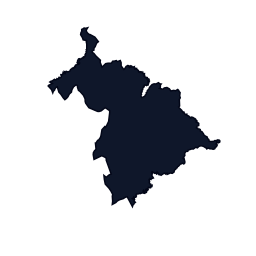 the district of Clemencia, Bolívar, Colombia, rotated 203°
{"feature_id": "7082276B89767866766347", "entity_name": "Clemencia", "entity_type": "district", "adm_level": 2, "iso_a3": "COL", "parent_name": "Colombia", "parent_adm1": "Bolívar", "projection": "robinson", "projection_center": [-75.309, 10.562], "detail": "fine", "context": "isolated", "style": "filled", "palette": "ink", "viewbox_px": 256, "rotation_deg": 203, "n_neighbors": 0, "source": "geoboundaries", "source_scale": "gbopen_adm2", "svg_char_len": 5856}
<svg xmlns="http://www.w3.org/2000/svg" viewBox="0 0 256 256"><g transform="rotate(203 128 128)"><path d="M204.3,204.5L205.9,203.2L207.5,202.9L208.2,201.6L208.9,201.1L209.1,200.5L208.2,198.8L208.6,197.8L208.1,195.4L205.3,193.4L203.7,191.6L200.4,192.3L199.8,191.4L200.1,191.0L198.8,189.2L196.8,184.5L196.6,183.8L196.9,183.7L196.3,182.8L196.4,181.8L195.9,181.6L195.8,180.1L196.1,179.9L196.1,178.3L195.4,177.7L195.8,176.4L196.8,176.1L197.0,175.3L196.5,175.3L196.5,174.9L197.5,174.6L198.7,172.5L199.6,172.5L199.4,171.7L199.9,172.1L199.9,172.7L200.5,172.3L200.4,171.5L200.8,170.7L200.3,169.2L200.5,168.5L200.0,168.0L199.7,169.0L198.7,169.2L199.1,168.4L198.5,168.0L197.9,168.1L198.0,167.6L200.7,165.6L200.9,165.1L200.3,163.7L201.1,163.7L201.3,161.6L201.8,161.5L202.0,161.9L202.7,161.3L203.0,160.3L203.7,159.4L203.7,158.0L204.2,157.0L205.5,156.1L207.7,156.0L206.9,155.9L206.8,155.6L207.1,155.2L208.3,155.1L207.4,154.4L207.0,153.6L208.1,153.2L208.7,154.0L209.5,154.0L209.0,151.6L210.6,150.9L210.3,150.4L209.9,150.3L209.3,149.1L209.6,148.1L211.3,147.7L211.3,146.8L211.0,146.2L211.2,145.7L212.7,145.7L212.7,144.8L213.8,143.9L214.7,144.1L216.2,141.6L217.1,141.1L217.9,139.8L215.0,139.4L217.7,136.3L217.9,135.5L213.3,133.4L211.0,131.0L211.1,132.5L210.4,134.4L210.6,135.6L210.0,137.4L209.2,138.3L205.6,134.0L203.1,132.9L199.3,130.4L197.2,129.4L196.2,131.2L195.5,133.3L195.3,136.3L194.1,138.9L194.6,141.2L194.3,144.5L192.7,147.5L191.1,147.2L190.5,145.9L188.3,143.3L186.4,142.9L181.8,140.7L178.9,138.1L177.7,135.6L176.6,134.3L171.9,131.4L162.5,131.4L161.1,131.9L159.4,133.3L157.0,137.8L151.7,136.8L150.9,135.1L148.4,126.5L148.6,121.9L149.1,119.7L149.9,120.2L151.3,116.3L149.9,110.5L149.7,108.6L150.4,105.2L151.1,104.8L151.6,101.6L152.1,101.4L149.3,96.3L149.3,95.1L149.9,94.2L150.2,91.8L149.6,89.9L147.0,85.8L141.3,92.3L137.7,92.1L136.1,91.6L135.5,89.9L125.5,79.1L127.0,77.5L128.8,74.1L131.6,74.9L129.6,71.3L127.0,67.5L122.0,65.2L119.3,63.5L116.1,60.9L115.8,59.1L113.5,54.6L112.6,51.5L110.1,54.6L109.3,56.7L107.6,58.8L104.8,61.1L103.4,63.2L101.9,64.4L93.2,57.4L93.4,59.2L92.9,60.1L93.0,60.9L92.2,62.5L94.1,63.1L93.9,64.6L94.5,65.3L95.5,64.5L96.4,64.8L95.6,65.5L95.8,66.7L94.9,66.5L93.7,67.5L93.7,68.8L94.6,69.3L94.5,70.3L92.3,71.7L92.0,72.3L91.0,72.4L89.9,73.6L88.8,74.1L88.6,74.9L89.5,75.8L89.4,76.6L87.7,75.4L88.0,74.6L87.9,74.2L87.0,74.4L86.9,75.1L85.9,75.9L86.1,77.4L87.4,77.2L87.8,78.3L86.8,79.3L86.6,78.4L85.8,78.2L85.3,79.1L86.2,79.8L85.8,80.8L86.0,81.4L84.3,81.5L83.9,81.9L84.2,82.3L83.1,83.4L83.3,84.2L83.7,83.4L84.3,83.4L84.8,85.1L85.9,85.1L86.6,85.6L87.3,86.4L87.1,87.0L88.4,88.6L88.4,89.0L87.7,89.3L87.8,90.0L86.7,89.7L86.6,90.5L85.1,91.9L87.5,93.6L87.8,95.2L88.9,96.5L88.8,97.2L88.5,97.3L87.8,96.3L86.9,97.2L86.4,96.8L85.7,96.7L85.1,97.4L84.6,97.2L84.6,97.7L83.6,97.5L83.9,98.8L83.2,98.4L83.2,97.4L82.5,98.2L81.3,97.1L80.8,97.2L80.6,97.8L79.1,97.4L77.0,100.7L75.1,100.3L75.2,100.8L74.8,100.7L74.6,101.6L73.9,101.8L73.4,101.0L71.0,103.6L70.5,103.3L69.5,103.6L68.4,105.5L68.7,106.7L68.5,108.3L68.0,108.6L67.9,109.9L67.3,110.4L67.2,111.9L66.6,112.5L65.7,115.3L64.9,115.8L64.0,117.0L62.6,116.7L62.1,117.9L62.4,119.0L64.5,121.9L65.0,121.3L65.5,121.6L65.6,122.7L64.9,124.8L65.9,126.6L65.7,128.6L65.5,129.0L63.9,129.9L64.0,131.1L61.2,133.6L59.6,134.2L58.2,136.7L56.4,136.8L55.4,139.0L54.4,139.8L52.8,140.5L50.6,140.5L48.7,140.1L47.8,140.3L47.4,139.6L45.8,141.1L44.4,140.8L43.4,141.4L41.3,141.7L40.1,142.7L40.0,143.5L40.3,144.1L39.3,145.3L39.2,147.3L40.9,147.5L40.4,148.5L40.9,149.8L39.2,149.5L38.1,150.7L38.3,151.9L38.8,152.3L39.7,152.5L40.6,151.8L41.2,151.9L41.5,150.6L43.0,150.5L44.0,149.1L47.0,147.7L48.1,147.6L49.2,149.0L50.4,149.3L51.9,150.8L53.3,150.7L55.7,151.4L56.2,152.1L58.5,153.5L60.2,153.5L60.9,154.8L62.0,154.9L62.9,154.3L63.8,155.1L64.7,154.7L65.1,154.9L65.2,156.7L63.9,157.9L64.7,159.9L65.8,160.2L67.3,160.0L67.2,161.1L67.8,161.1L67.6,161.6L68.2,161.9L68.1,162.4L68.5,161.8L69.3,162.0L69.3,162.5L70.0,162.6L69.9,163.4L70.3,162.6L72.4,163.1L73.7,162.9L73.9,162.2L74.4,162.2L74.2,161.6L74.5,161.5L76.6,162.7L78.8,162.8L79.3,163.7L80.5,162.7L82.3,164.0L82.8,163.8L82.9,164.5L84.2,164.2L85.3,165.2L88.7,166.5L89.6,167.1L89.1,168.4L91.9,174.3L91.7,176.2L93.0,177.8L93.9,181.0L95.1,181.5L96.0,182.4L97.3,182.9L98.8,180.8L100.6,180.5L102.8,179.0L103.2,178.9L105.2,180.2L108.0,180.5L110.3,179.0L111.0,177.3L114.6,176.8L114.1,177.9L115.0,180.4L114.7,181.4L115.8,181.1L117.7,181.6L119.4,179.5L121.3,178.8L122.8,177.4L124.1,173.7L123.9,172.4L124.8,169.9L124.4,168.2L125.0,167.5L124.3,166.3L125.0,164.9L124.9,163.8L127.1,161.4L128.8,162.5L128.7,164.3L129.6,165.1L129.8,166.0L129.3,166.2L129.3,167.1L130.0,168.7L129.5,169.1L129.9,170.3L129.8,171.5L129.2,172.3L129.7,172.8L129.7,173.9L128.3,174.4L127.5,174.3L127.2,174.9L126.3,175.4L126.4,176.0L127.0,176.4L126.5,177.6L127.6,178.1L127.4,178.6L126.7,178.6L126.6,179.4L127.9,179.4L127.3,180.5L127.5,180.8L128.1,181.3L128.8,180.7L129.5,181.3L129.7,181.0L129.9,181.9L130.5,182.0L130.9,181.3L131.8,181.1L132.2,181.8L133.0,181.8L133.2,182.8L133.7,182.6L134.1,184.5L134.6,184.3L134.3,183.8L136.0,184.0L136.1,184.9L136.4,184.7L137.0,185.1L137.7,184.4L137.9,183.7L137.9,184.5L138.4,184.0L138.7,184.6L140.2,183.8L140.8,185.0L143.0,185.5L143.3,186.2L144.3,185.8L144.2,185.2L144.6,184.9L145.1,185.9L145.5,185.7L146.1,186.1L146.2,186.7L146.7,186.1L147.2,186.3L148.7,185.5L148.9,186.4L149.2,186.4L149.4,186.0L149.9,186.1L149.8,185.2L150.3,184.1L150.8,184.3L151.3,185.6L152.6,185.5L153.8,183.9L154.3,180.6L154.7,180.2L158.6,182.5L159.9,185.5L161.5,187.1L163.3,185.3L163.9,185.0L165.1,185.5L166.7,184.2L168.2,183.5L168.6,181.1L171.6,179.9L173.7,178.5L175.7,173.8L179.4,177.7L179.9,179.6L185.8,181.8L188.5,183.3L190.5,183.7L191.1,184.9L189.8,186.3L190.5,188.0L190.0,190.1L190.1,193.8L189.0,195.9L194.0,198.7L199.3,199.2L200.8,199.0L203.2,200.0L204.7,201.6L204.3,204.5Z" fill="#0f172a" stroke="#020617" stroke-width="1.5"/></g></svg>